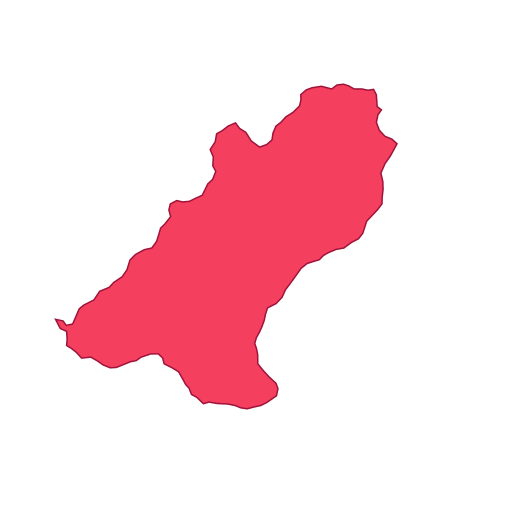 Lavrinhas, São Paulo, Brazil, rotated 227°
{"feature_id": "56859067B26910612895696", "entity_name": "Lavrinhas", "entity_type": "district", "adm_level": 2, "iso_a3": "BRA", "parent_name": "Brazil", "parent_adm1": "São Paulo", "projection": "natural_earth1", "projection_center": [-44.888, -22.522], "detail": "fine", "context": "isolated", "style": "filled", "palette": "rose", "viewbox_px": 512, "rotation_deg": 227, "n_neighbors": 0, "source": "geoboundaries", "source_scale": "gbopen_adm2", "svg_char_len": 1998}
<svg xmlns="http://www.w3.org/2000/svg" viewBox="0 0 512 512"><g transform="rotate(227 256 256)"><path d="M141.5,163.9L139.8,175.6L144.0,181.6L149.2,183.8L158.8,183.1L168.0,183.2L175.9,183.8L182.9,190.1L188.1,193.3L192.9,195.4L196.1,200.8L198.0,206.8L200.4,212.4L203.3,218.1L206.9,223.2L210.2,229.1L207.5,238.2L208.0,246.8L211.2,254.5L212.5,262.0L213.8,268.8L216.2,280.5L215.7,288.1L213.0,293.9L210.1,299.8L210.4,305.6L209.1,311.2L206.2,319.1L201.9,325.7L200.8,335.2L198.7,342.7L199.8,349.6L202.8,355.0L206.0,360.8L206.5,368.9L207.0,376.9L208.2,383.7L212.6,388.0L218.1,394.4L223.9,399.5L231.5,403.9L235.6,413.4L237.4,422.2L241.9,435.7L248.7,435.1L255.7,431.9L263.9,432.0L271.5,435.1L276.1,441.4L277.3,447.4L282.6,446.5L291.9,454.0L297.7,455.6L300.8,451.0L305.9,447.4L311.2,441.7L317.0,439.9L322.0,437.1L325.9,431.7L326.5,425.3L335.5,419.6L340.8,411.8L343.2,406.1L343.5,398.9L339.6,395.4L336.1,390.3L335.8,381.2L337.4,372.7L336.8,365.2L337.4,359.2L334.4,352.4L330.0,346.8L330.2,339.9L333.2,332.9L343.5,331.0L353.3,332.9L360.6,331.0L367.3,331.8L370.0,324.4L370.7,316.9L372.2,310.5L367.3,304.0L365.1,295.1L357.5,292.3L351.4,285.9L345.3,284.3L341.6,276.5L341.6,269.8L339.5,264.5L337.1,258.1L339.3,251.5L341.4,244.6L345.5,239.3L350.6,235.8L352.5,228.8L349.1,223.7L343.0,220.4L341.6,211.4L341.4,205.2L337.9,199.3L334.5,193.3L332.9,185.3L336.8,178.6L339.3,168.9L339.0,161.1L333.9,152.2L332.1,144.0L333.7,133.9L333.2,127.3L336.8,117.6L334.4,107.5L337.6,96.4L337.9,90.6L334.5,82.9L331.3,75.5L334.7,69.9L340.1,70.6L346.4,66.2L336.4,63.4L330.0,66.1L323.6,60.8L319.7,56.4L314.8,57.8L308.3,58.9L300.3,58.8L294.7,66.2L287.7,68.4L280.5,69.9L273.7,73.1L269.7,77.9L264.3,92.0L261.2,97.0L260.4,102.9L256.2,112.2L251.1,117.8L245.2,118.2L239.8,115.3L231.2,118.5L224.1,120.4L215.6,118.4L209.9,116.9L205.0,116.9L198.7,114.4L193.0,116.3L183.9,116.8L181.2,122.0L174.6,127.0L166.8,134.6L160.6,138.9L155.5,141.2L150.3,145.3L146.9,151.6L143.4,157.5L141.5,163.9Z" fill="#f43f5e" stroke="#9f1239" stroke-width="1.5"/></g></svg>